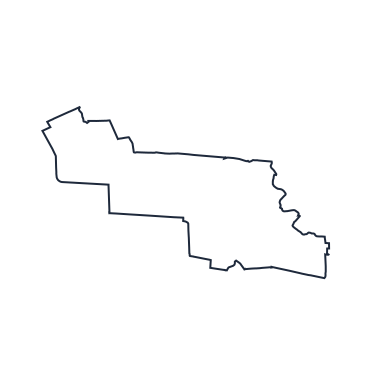 Ganeasa, Ilfov, Romania, rotated 218°
{"feature_id": "2599482B87656672806771", "entity_name": "Ganeasa", "entity_type": "district", "adm_level": 2, "iso_a3": "ROU", "parent_name": "Romania", "parent_adm1": "Ilfov", "projection": "natural_earth1", "projection_center": [26.324, 44.507], "detail": "fine", "context": "isolated", "style": "outline", "palette": "slate", "viewbox_px": 384, "rotation_deg": 218, "n_neighbors": 0, "source": "geoboundaries", "source_scale": "gbopen_adm2", "svg_char_len": 5648}
<svg xmlns="http://www.w3.org/2000/svg" viewBox="0 0 384 384"><g transform="rotate(218 192 192)"><path d="M349.3,158.2L348.9,158.0L343.5,155.9L347.5,148.1L328.5,140.0L327.5,139.5L326.5,139.0L324.1,137.8L322.6,137.1L321.8,136.7L321.5,136.5L321.2,136.2L314.2,127.7L311.1,124.1L310.2,122.9L307.6,120.2L306.5,119.5L305.0,119.0L304.2,118.9L303.1,119.0L302.3,119.1L301.6,119.3L300.6,119.8L262.3,146.4L261.5,145.4L253.7,136.1L244.4,125.0L244.3,124.9L244.5,124.8L244.1,124.4L244.0,124.5L238.3,128.5L227.0,136.2L218.7,141.9L210.4,147.6L191.0,160.8L183.1,166.4L182.7,166.0L181.3,164.0L181.1,163.7L178.9,164.8L176.5,165.2L175.4,164.7L171.0,159.3L166.8,154.5L166.6,154.3L160.2,146.7L156.3,142.0L156.2,141.9L155.9,141.8L155.7,141.7L154.6,140.4L154.4,140.3L154.2,140.3L151.0,142.1L150.8,142.1L149.7,142.7L140.0,147.6L136.5,149.4L135.3,149.9L130.9,143.5L128.2,145.0L124.8,146.9L119.5,149.9L118.6,150.4L117.9,150.7L118.0,150.8L116.3,151.7L116.4,152.3L116.7,154.3L116.7,155.0L116.6,155.3L116.3,155.8L116.0,156.2L115.5,157.1L115.2,157.5L114.9,158.0L114.6,158.5L114.2,159.1L113.9,160.3L113.8,160.8L113.9,161.2L114.2,161.9L114.4,162.3L114.9,162.9L115.4,163.6L115.2,164.2L115.0,165.1L111.6,165.3L110.5,165.3L109.6,165.2L107.7,164.6L106.6,164.3L103.1,163.3L103.0,163.6L102.9,163.5L102.7,163.8L101.8,164.7L98.7,167.6L97.7,168.5L95.4,170.5L94.6,171.1L93.4,172.2L91.7,173.7L90.1,175.3L85.6,179.4L84.0,180.9L83.4,181.3L83.0,181.6L82.9,181.4L82.7,181.6L83.0,181.9L82.9,182.0L83.0,182.1L82.5,182.3L66.4,190.1L55.9,195.0L55.4,195.2L49.9,197.9L49.6,198.0L47.2,199.4L47.4,199.4L46.4,199.8L43.6,201.2L38.1,203.9L34.7,205.6L34.7,206.0L34.7,206.4L34.7,207.0L34.9,207.6L35.5,208.6L36.7,210.0L37.6,211.6L40.9,215.8L48.6,224.8L48.3,224.9L47.7,225.3L46.6,226.0L45.9,226.6L45.9,226.8L46.2,226.8L46.9,226.6L47.6,226.5L50.7,230.7L50.1,231.2L49.2,231.9L52.5,236.0L55.4,234.0L57.1,235.7L58.6,237.1L59.9,238.5L62.0,237.1L64.5,235.2L66.3,234.0L66.9,233.8L67.4,233.8L67.9,233.8L68.7,234.0L68.9,234.1L69.7,234.4L70.1,234.3L70.7,234.1L71.8,233.3L72.2,233.0L72.7,232.9L73.4,232.8L74.9,232.0L75.2,231.7L75.4,231.0L75.5,230.1L75.8,229.4L75.9,229.2L76.5,228.7L76.9,228.3L77.2,227.7L78.1,227.0L78.8,226.8L79.6,226.8L80.5,227.0L81.6,227.2L82.1,227.2L82.5,227.1L83.8,227.0L84.7,226.9L86.6,227.0L87.2,226.9L88.0,226.9L89.7,226.9L90.2,226.9L90.8,227.0L91.1,227.0L91.3,227.1L91.9,227.3L92.2,227.6L92.3,228.4L92.4,229.0L92.6,229.8L92.8,230.4L92.8,230.7L93.0,231.1L93.0,231.6L92.6,232.4L92.2,239.3L92.4,239.5L93.0,239.4L93.8,239.2L94.0,238.9L94.4,240.2L94.5,240.5L95.2,240.9L95.7,241.1L96.0,241.1L96.6,241.1L97.0,241.1L97.3,241.0L97.7,241.0L98.5,241.0L98.9,241.0L99.5,240.9L99.9,240.8L100.3,240.6L100.6,240.4L101.0,240.1L101.4,239.7L102.0,239.1L103.1,237.9L103.6,237.3L104.3,236.5L104.6,236.2L104.9,235.8L105.2,235.5L105.7,235.1L106.0,234.8L107.0,233.9L107.6,233.4L108.2,233.2L108.6,233.1L108.8,233.1L109.2,233.1L109.8,233.4L110.1,233.6L110.4,233.7L110.6,233.9L110.8,234.2L111.2,234.2L111.3,234.1L111.5,234.1L112.3,233.9L112.6,233.8L112.9,233.9L113.1,234.0L113.2,234.3L113.1,234.8L113.3,235.0L113.8,235.7L113.9,236.0L114.3,236.4L114.5,236.5L116.1,237.4L116.6,237.8L117.0,238.6L117.2,239.3L117.4,239.7L117.4,240.8L117.3,241.9L117.2,242.1L117.2,242.7L117.1,244.0L117.0,244.7L116.9,245.9L116.6,247.1L116.9,248.0L117.3,248.4L119.9,249.2L120.8,249.3L121.7,249.3L122.7,249.2L123.7,248.9L124.6,248.4L124.8,248.3L126.3,247.4L126.6,247.3L126.8,247.4L127.4,247.2L128.3,247.1L129.3,247.1L130.5,247.1L131.4,247.2L131.7,247.3L132.1,247.5L132.6,247.8L133.1,247.9L133.4,248.3L133.9,248.9L134.2,249.3L134.7,249.9L134.8,250.2L135.2,250.7L135.5,251.3L135.8,251.9L136.0,252.7L136.4,253.4L137.0,254.3L137.4,255.2L137.7,256.1L137.3,256.2L136.9,256.9L136.2,257.2L136.5,257.9L137.0,258.2L137.8,258.4L140.0,259.2L141.6,259.6L144.0,259.8L145.4,260.4L146.1,261.1L146.6,263.1L146.8,263.7L147.3,264.4L148.0,265.0L157.3,258.9L159.0,257.8L160.3,257.1L160.6,256.8L162.3,255.5L163.3,254.9L163.6,254.7L163.7,254.4L163.9,253.9L164.2,253.1L164.4,252.7L164.5,252.5L165.5,251.0L166.3,250.9L166.7,251.0L166.8,251.0L167.0,251.0L167.1,250.6L167.3,250.6L168.1,249.8L169.5,249.2L174.9,247.2L180.2,244.3L180.8,243.9L185.1,241.1L187.1,238.2L187.4,239.5L187.9,239.0L213.7,222.1L218.0,219.5L222.9,216.3L225.8,214.4L226.2,214.2L227.4,213.3L229.3,211.7L231.1,210.3L232.0,209.5L232.7,208.9L233.4,208.3L237.2,205.6L237.3,205.6L242.5,202.4L243.8,201.7L244.3,201.4L244.7,201.1L245.0,200.8L245.2,200.4L245.4,200.2L245.7,199.9L247.9,198.2L250.0,196.6L250.8,196.0L252.0,195.1L253.1,194.3L256.4,191.9L257.1,191.4L258.6,190.3L259.9,189.4L260.2,189.1L260.4,188.8L260.7,188.5L261.0,188.1L261.7,187.7L261.9,187.6L262.2,187.5L262.4,187.6L262.7,187.8L264.2,189.3L264.7,189.8L265.2,190.2L266.6,191.6L267.5,192.4L268.1,193.0L268.3,193.2L268.5,193.4L269.0,193.7L269.4,193.9L269.8,194.1L270.5,194.4L271.5,194.7L272.1,194.9L272.9,195.2L273.8,195.6L275.0,196.1L275.3,196.2L275.5,196.2L275.8,196.0L277.6,194.1L278.2,193.5L278.9,192.7L280.5,190.9L281.1,190.3L281.7,189.7L282.6,188.7L283.0,188.1L292.9,193.4L296.8,195.5L301.0,197.7L302.1,196.7L302.7,196.1L303.2,195.6L306.0,193.3L311.2,189.0L312.0,188.4L315.2,185.9L317.4,184.2L316.7,183.6L317.0,182.6L317.2,181.8L318.3,181.8L319.0,181.8L319.4,181.6L320.3,181.0L320.9,180.9L321.4,181.3L322.1,182.1L322.8,182.7L323.5,183.1L323.8,183.4L324.3,183.5L324.8,183.9L325.9,184.9L326.9,185.9L327.5,186.2L328.5,186.4L329.2,186.6L329.8,186.6L330.5,186.7L331.4,187.1L331.6,187.2L331.9,187.5L332.2,188.0L332.4,188.6L332.5,189.2L332.6,189.9L332.5,190.4L333.4,188.6L334.3,186.9L335.0,185.4L336.2,183.2L337.7,180.4L338.2,179.6L346.1,164.6L346.5,163.6L347.8,161.2L348.7,159.3L349.3,158.2Z" fill="none" stroke="#1e293b" stroke-width="2"/></g></svg>